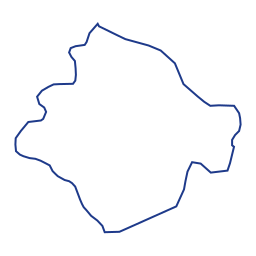 the district of Yangsan-si, South Gyeongsang, South Korea
{"feature_id": "91817680B11624916188823", "entity_name": "Yangsan-si", "entity_type": "district", "adm_level": 2, "iso_a3": "KOR", "parent_name": "South Korea", "parent_adm1": "South Gyeongsang", "projection": "robinson", "projection_center": [129.018, 35.401], "detail": "fine", "context": "isolated", "style": "outline", "palette": "blue", "viewbox_px": 256, "rotation_deg": 0, "n_neighbors": 0, "source": "geoboundaries", "source_scale": "gbopen_adm2", "svg_char_len": 1080}
<svg xmlns="http://www.w3.org/2000/svg" viewBox="0 0 256 256"><path d="M97.7,23.8L89.5,33.2L86.6,42.0L84.7,44.9L75.6,46.2L70.7,48.1L69.1,52.5L71.4,56.9L74.9,61.0L75.6,68.3L75.9,74.9L75.3,80.6L73.0,83.8L59.4,84.1L53.6,84.4L48.4,86.9L41.9,90.7L37.1,96.7L39.3,104.0L44.2,107.5L46.1,111.9L43.2,118.9L40.9,120.5L28.3,122.0L20.9,130.9L16.1,137.6L15.7,138.2L15.4,144.5L16.0,151.2L19.9,154.6L23.4,156.2L29.6,158.1L35.4,158.8L40.6,160.7L45.5,163.2L49.7,165.4L52.6,171.1L55.5,174.0L57.8,176.2L64.6,180.0L69.1,181.2L72.0,183.1L75.2,186.6L80.1,199.6L82.0,204.0L83.7,207.2L86.6,210.4L91.1,215.8L94.0,218.0L97.3,220.5L102.4,225.9L104.7,232.2L108.2,232.1L119.4,231.8L127.3,228.3L176.3,206.4L179.5,199.3L184.0,189.4L185.5,181.0L187.5,171.6L192.1,162.2L200.7,163.6L210.8,172.6L227.5,170.6L230.0,163.2L234.0,146.8L232.1,145.3L232.1,139.9L235.1,135.0L239.1,131.0L240.6,124.6L240.1,118.2L239.1,113.2L234.1,105.8L218.9,105.3L210.3,105.8L204.2,101.8L197.6,96.4L183.5,84.1L174.9,63.3L160.7,50.5L148.6,45.5L125.3,39.1L117.2,35.2L99.0,26.3L97.7,23.8Z" fill="none" stroke="#1e3a8a" stroke-width="2"/></svg>